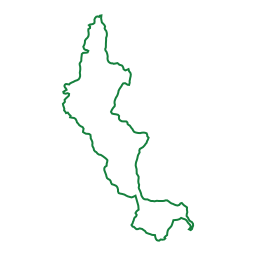 the district of Couto de Magalhães de Minas, Minas Gerais, Brazil
{"feature_id": "56859067B29184273351224", "entity_name": "Couto de Magalhães de Minas", "entity_type": "district", "adm_level": 2, "iso_a3": "BRA", "parent_name": "Brazil", "parent_adm1": "Minas Gerais", "projection": "mercator", "projection_center": [-43.424, -18.078], "detail": "fine", "context": "isolated", "style": "outline", "palette": "green", "viewbox_px": 256, "rotation_deg": 0, "n_neighbors": 0, "source": "geoboundaries", "source_scale": "gbopen_adm2", "svg_char_len": 4731}
<svg xmlns="http://www.w3.org/2000/svg" viewBox="0 0 256 256"><path d="M128.5,69.1L127.0,69.8L125.3,70.4L123.6,69.2L123.2,67.4L122.2,65.7L120.8,65.1L119.4,64.8L118.4,63.8L117.4,63.1L115.5,63.5L113.7,63.8L112.4,63.3L111.1,63.3L109.7,62.7L108.5,61.7L107.7,60.0L107.5,58.2L107.7,56.7L107.5,55.1L107.1,53.5L106.5,51.8L105.5,50.5L105.2,49.0L105.8,47.6L105.9,45.6L105.9,43.6L106.0,41.9L106.1,40.2L106.1,37.9L106.8,35.9L106.9,33.9L106.7,32.5L106.2,30.9L105.2,29.7L104.6,28.3L105.1,26.5L104.4,25.1L103.2,23.7L101.9,22.5L101.5,20.6L101.1,18.3L101.4,15.4L99.9,15.7L99.1,16.9L97.9,16.4L96.3,16.7L95.0,18.2L94.4,19.8L94.6,21.1L94.4,23.0L93.2,23.9L91.7,24.3L90.0,24.5L88.9,25.2L90.1,26.6L90.0,28.1L88.4,29.1L88.3,30.9L88.6,32.6L88.7,34.6L88.3,36.4L87.3,37.9L86.0,39.1L85.0,40.6L84.9,42.3L84.7,43.6L84.2,45.0L83.3,46.7L84.1,48.9L85.4,49.9L86.9,50.1L88.3,50.9L87.6,52.4L86.2,52.7L84.7,52.8L83.1,52.9L81.8,54.1L81.7,55.5L81.4,57.7L81.3,59.5L81.3,60.9L80.6,62.0L79.7,63.4L79.7,64.8L80.2,66.7L80.3,69.1L80.1,71.0L79.8,72.8L80.1,74.7L80.1,76.3L79.6,77.9L78.7,79.3L77.2,80.2L75.1,80.9L73.3,81.9L71.8,82.5L70.1,83.4L69.1,84.5L67.6,84.2L66.0,84.0L64.9,84.7L64.4,86.0L65.0,87.5L66.0,88.5L66.6,89.8L64.9,90.8L63.3,91.9L63.7,93.2L65.5,93.7L67.7,93.2L69.1,93.9L68.9,95.6L67.7,96.8L66.0,98.3L64.6,99.8L64.9,101.8L63.8,103.0L62.9,103.9L63.3,105.8L63.8,107.1L64.3,108.7L64.1,110.4L65.3,111.7L66.0,113.1L67.8,112.6L69.1,114.4L70.6,115.8L70.1,117.3L72.0,117.7L74.1,118.0L75.5,118.9L76.5,120.7L77.0,122.4L78.1,123.5L79.2,125.1L80.7,126.2L82.6,127.1L83.6,128.7L83.2,130.5L83.0,132.0L84.2,132.8L85.9,133.7L87.5,133.8L88.9,133.9L90.4,134.8L90.7,136.7L90.7,138.3L91.5,139.9L92.3,141.7L92.5,143.4L92.3,144.7L92.5,146.2L93.6,148.2L94.0,150.1L95.1,151.5L96.3,152.1L97.5,153.6L99.0,154.6L100.8,154.9L102.7,156.1L103.9,157.0L105.1,157.9L106.4,159.0L107.4,160.2L107.2,161.9L106.7,163.6L106.6,165.8L105.0,166.9L104.3,168.2L104.3,170.0L104.9,171.7L105.6,173.5L106.2,175.1L106.4,176.3L107.0,178.0L108.3,179.1L109.7,179.8L110.7,181.2L111.0,182.6L111.9,184.2L114.1,184.9L115.9,185.7L116.9,186.6L117.5,187.7L118.0,189.5L118.0,191.4L118.7,193.1L120.3,193.6L122.0,193.9L124.5,194.6L126.0,195.5L127.6,196.3L129.6,196.9L131.6,197.4L133.0,196.9L134.3,196.3L135.5,195.7L138.3,205.7L138.6,209.7L137.5,210.5L136.4,211.5L135.5,213.1L136.7,214.9L136.1,216.4L134.6,217.6L134.0,219.0L133.6,220.6L133.0,221.8L132.6,223.4L131.5,225.0L132.6,226.6L133.8,226.8L135.1,228.0L136.3,229.1L137.9,229.1L139.7,228.4L142.2,229.0L143.6,230.1L145.0,231.0L146.3,232.8L148.7,233.7L150.4,234.2L152.1,234.9L153.8,235.0L155.0,235.1L155.3,237.0L155.8,238.7L156.8,240.1L158.1,240.6L159.3,240.6L160.6,239.5L162.5,239.7L164.3,239.4L165.3,238.4L164.5,237.4L165.6,236.2L167.1,235.1L167.3,232.7L167.8,230.5L168.6,229.1L169.9,227.8L171.3,226.2L172.0,224.7L172.5,223.1L173.0,221.7L173.4,220.2L175.4,220.0L177.4,219.8L179.6,219.1L181.1,217.9L183.1,218.7L185.0,219.3L186.1,220.0L187.1,221.2L187.9,222.6L189.1,223.9L190.2,225.1L190.8,226.4L190.1,228.1L189.0,229.3L190.7,230.1L192.0,229.0L192.5,227.2L193.1,225.7L193.0,223.8L191.9,222.1L190.8,221.5L189.6,220.7L188.7,219.3L188.1,217.9L186.6,216.0L186.8,213.9L187.3,212.2L187.1,210.8L186.9,209.5L187.0,207.4L185.5,206.3L184.0,205.3L182.7,204.0L181.8,203.0L180.5,203.4L179.3,204.9L177.7,205.5L176.0,205.2L174.6,204.7L173.0,203.9L171.4,203.4L170.2,202.6L168.7,201.4L167.2,200.4L165.5,200.4L164.0,200.9L162.5,201.0L160.2,201.0L158.6,201.0L156.9,200.8L154.5,201.3L152.8,201.0L151.0,201.0L149.3,200.3L147.5,199.4L145.7,199.4L144.4,199.2L143.3,198.5L142.3,197.1L141.4,195.5L141.0,193.4L140.4,191.8L139.9,190.5L139.2,189.2L138.7,187.7L139.0,186.1L139.1,184.6L138.5,183.2L138.3,181.4L138.4,179.8L138.6,178.4L138.6,176.7L137.7,175.1L136.7,173.6L136.7,172.2L136.6,170.7L136.6,169.2L136.1,167.3L135.7,165.7L135.8,163.8L136.1,162.1L136.7,160.5L137.3,158.5L137.7,156.5L138.0,155.3L138.8,153.8L139.6,152.4L139.3,150.6L139.8,149.0L141.3,148.1L143.0,147.1L144.6,145.4L145.7,143.8L146.6,142.8L147.0,141.3L147.9,139.6L148.6,137.7L147.3,136.3L147.2,134.8L146.6,133.3L144.8,132.7L143.5,132.6L141.9,132.7L140.2,133.1L138.2,133.0L136.1,132.6L134.3,132.0L133.1,130.5L132.6,129.3L131.6,128.2L130.7,126.9L129.8,125.6L128.5,124.9L127.6,124.0L127.4,122.5L126.5,121.5L125.2,121.4L123.6,121.4L121.9,121.3L120.3,120.5L119.2,119.3L118.9,118.0L119.1,116.0L118.0,114.8L116.0,114.3L113.8,114.0L112.1,113.6L111.0,111.9L111.9,109.8L113.2,107.8L114.6,106.3L114.9,104.5L114.5,103.1L114.6,101.2L115.3,99.1L116.0,97.5L117.1,95.9L117.9,93.9L118.3,92.4L118.6,90.7L119.5,89.0L120.7,87.2L121.5,86.1L122.0,85.0L123.2,83.4L125.1,83.2L126.3,83.9L127.5,84.7L129.1,84.9L129.7,82.7L129.6,81.1L129.9,79.7L130.2,78.0L130.6,76.4L130.8,74.3L130.3,72.7L129.1,71.3L128.5,69.1Z" fill="none" stroke="#15803d" stroke-width="2"/></svg>